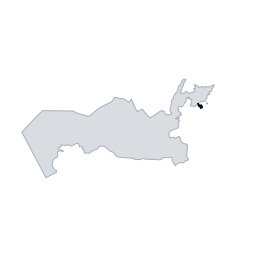 location of Sokh, Ferghana, Uzbekistan, rotated 329°
{"feature_id": "79887680B62053175719936", "entity_name": "Sokh", "entity_type": "district", "adm_level": 2, "iso_a3": "UZB", "parent_name": "Uzbekistan", "parent_adm1": "Ferghana", "projection": "natural_earth1", "projection_center": [71.105, 40.075], "detail": "fine", "context": "in_parent", "style": "filled", "palette": "ink", "viewbox_px": 256, "rotation_deg": 329, "n_neighbors": 0, "source": "geoboundaries", "source_scale": "gbopen_adm2", "svg_char_len": 4648}
<svg xmlns="http://www.w3.org/2000/svg" viewBox="0 0 256 256"><g transform="rotate(329 128 128)"><path d="M196.9,116.4L200.5,114.8L202.4,115.9L202.6,116.5L200.4,117.7L198.5,118.4L197.9,119.9L195.9,120.5L194.0,122.7L190.9,124.8L190.9,125.3L191.1,125.6L192.1,125.9L194.1,127.0L196.1,126.4L196.6,126.5L197.1,127.2L197.6,129.2L198.5,129.7L201.3,130.7L203.4,130.7L204.5,131.1L204.6,130.9L204.8,128.0L205.7,128.5L206.6,128.2L207.0,126.7L206.8,125.8L207.5,125.2L207.9,125.6L207.9,126.5L208.9,127.0L209.7,128.5L209.9,130.1L211.8,130.5L212.5,130.2L213.1,130.4L213.4,132.5L213.7,132.7L215.3,132.2L216.9,133.1L218.7,134.7L220.6,134.8L221.0,135.1L222.4,134.8L224.0,135.3L224.0,135.5L223.8,135.9L220.0,137.8L218.9,139.1L218.1,139.5L215.8,138.8L215.4,139.6L215.8,140.4L215.3,141.3L214.1,141.0L213.9,140.5L212.8,140.8L211.4,142.1L210.8,143.3L209.6,143.6L207.8,144.8L207.1,143.9L205.9,144.0L204.3,143.1L203.5,142.9L196.2,144.1L195.6,143.9L194.8,142.4L193.0,141.5L193.1,140.7L196.8,137.5L197.3,136.5L196.0,136.0L196.2,135.1L193.8,132.5L193.4,132.4L193.0,132.5L192.1,134.4L185.6,137.7L184.7,137.4L183.2,136.1L182.3,135.7L181.1,136.7L181.1,138.0L179.9,139.0L181.0,142.3L180.9,142.8L180.0,142.9L180.7,144.1L180.1,144.3L177.0,143.8L173.4,144.6L173.5,145.1L176.7,145.0L177.2,145.3L177.2,145.7L177.1,145.9L175.4,146.2L175.2,146.7L176.1,148.2L175.6,148.6L175.0,148.3L174.5,149.2L173.5,149.2L172.8,152.1L171.9,153.1L170.7,153.6L163.1,152.3L161.1,153.2L159.7,154.5L158.8,157.6L158.9,158.0L162.2,159.2L162.7,161.1L166.6,161.3L167.3,161.6L167.6,162.1L167.8,162.6L166.6,165.7L167.0,168.5L167.7,169.8L170.0,172.2L169.9,173.5L169.3,174.7L168.7,175.8L168.0,176.2L167.0,177.5L166.1,179.1L164.4,181.3L163.8,182.4L163.6,185.9L163.1,186.9L163.1,186.5L162.5,186.1L160.7,186.0L160.4,185.6L158.1,186.4L156.7,186.0L155.3,184.6L152.6,184.1L149.1,184.4L149.0,180.9L149.2,178.2L150.4,176.1L150.4,175.7L149.8,175.0L147.7,174.5L145.3,172.8L143.0,171.7L141.7,171.4L140.3,172.0L139.0,171.8L133.0,167.6L127.9,164.5L124.4,161.4L122.7,161.7L118.3,158.8L115.5,155.7L106.0,148.9L104.2,147.3L103.7,146.4L103.1,142.3L102.3,140.3L101.1,139.3L100.1,137.3L98.7,132.4L98.2,131.5L95.3,129.5L93.7,129.0L92.5,129.3L91.8,130.1L90.8,130.2L86.6,129.4L82.0,129.7L78.0,127.2L77.8,126.8L77.8,126.2L78.7,124.5L78.6,123.8L78.0,123.0L78.1,122.2L78.5,121.7L79.2,121.9L79.5,121.6L79.4,121.1L78.5,120.1L76.7,119.2L77.1,118.5L77.2,116.9L77.6,116.1L77.3,115.8L76.0,114.7L71.4,114.6L70.4,114.3L69.5,113.8L68.7,112.0L68.3,111.6L65.2,110.9L62.2,107.9L61.5,109.2L60.8,109.5L58.4,109.1L57.2,110.0L60.0,113.1L60.6,114.0L60.6,114.6L59.7,114.7L59.0,113.2L58.5,112.8L55.7,112.0L54.8,112.9L54.4,114.1L53.1,116.1L51.7,116.5L48.3,116.6L47.2,117.1L46.5,117.6L45.1,119.4L43.4,120.8L43.7,126.5L44.8,127.9L43.6,129.1L32.0,128.3L34.9,76.9L51.7,72.1L63.7,69.1L89.9,85.3L90.5,85.9L90.8,87.3L91.5,88.4L100.3,97.9L113.8,96.0L127.5,97.1L132.7,94.8L136.6,98.9L139.1,100.4L142.3,106.5L145.7,104.9L145.0,112.2L144.6,114.4L144.4,118.7L149.9,118.9L150.9,125.9L152.0,130.3L153.2,130.8L163.5,130.2L164.3,130.5L165.8,130.1L166.7,131.5L167.7,132.4L166.9,135.5L168.2,136.8L171.0,138.2L172.8,138.2L173.1,137.6L173.1,136.9L172.6,136.2L172.7,135.3L173.0,134.6L174.7,132.3L177.5,130.0L178.2,129.1L178.4,127.7L179.4,126.9L181.8,126.0L182.2,125.2L185.1,123.4L188.4,122.2L190.0,121.3L191.4,119.6L193.6,117.7L194.4,117.7L194.9,118.2L195.4,118.3L196.9,116.4ZM196.2,133.7L195.8,132.8L195.3,132.5L195.0,132.6L195.8,133.8L196.2,133.7ZM202.4,148.5L200.2,148.4L200.6,147.0L199.8,146.4L199.6,145.7L199.8,145.1L200.3,144.8L201.0,145.8L202.6,146.3L202.1,147.2L202.5,148.3L202.4,148.5ZM208.9,147.0L208.5,148.2L207.6,147.7L207.7,147.4L208.9,147.0Z" fill="#d9dde1" stroke="#a8b0b8" stroke-width="1"/><path d="M200.4,144.3L200.2,144.2L200.1,144.3L200.1,144.7L200.1,144.9L200.1,145.1L200.1,145.4L200.1,145.5L200.1,145.9L200.2,146.1L200.3,146.3L200.4,146.5L200.5,146.6L201.0,146.7L201.3,146.7L201.3,146.8L201.3,147.0L201.2,147.1L201.0,147.3L201.2,147.5L200.9,147.7L200.9,147.9L200.8,148.0L200.7,148.2L200.6,148.3L200.6,148.5L200.8,148.5L201.0,148.5L201.4,148.5L201.6,148.5L201.9,148.6L202.0,148.6L202.2,148.4L202.3,148.3L202.4,148.2L202.5,148.1L202.6,147.9L202.4,147.9L202.3,147.7L202.2,147.6L201.9,147.6L201.7,147.6L201.7,147.4L201.9,147.3L201.9,147.2L201.7,147.1L201.5,146.9L201.9,146.9L202.0,146.9L202.3,146.8L202.3,146.7L202.3,146.4L202.2,146.5L201.9,146.6L201.6,146.6L201.5,146.4L201.5,146.1L201.5,145.9L201.4,145.8L201.4,145.7L201.2,145.6L201.0,145.4L201.0,145.2L200.9,145.1L200.9,144.9L200.7,144.4L200.4,144.3ZM200.6,143.7L200.7,143.4L200.5,143.2L200.4,143.2L200.4,143.3L200.4,143.5L200.5,143.7L200.6,143.7Z" fill="#0f172a" stroke="#020617" stroke-width="1.5"/></g></svg>